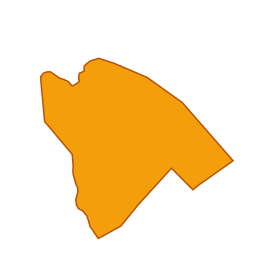 outline of Boa Ventura, Paraíba, Brazil, rotated 334°
{"feature_id": "56859067B42208765231208", "entity_name": "Boa Ventura", "entity_type": "district", "adm_level": 2, "iso_a3": "BRA", "parent_name": "Brazil", "parent_adm1": "Paraíba", "projection": "equal_earth", "projection_center": [-38.216, -7.424], "detail": "fine", "context": "isolated", "style": "filled", "palette": "amber", "viewbox_px": 256, "rotation_deg": 334, "n_neighbors": 0, "source": "geoboundaries", "source_scale": "gbopen_adm2", "svg_char_len": 739}
<svg xmlns="http://www.w3.org/2000/svg" viewBox="0 0 256 256"><g transform="rotate(334 128 128)"><path d="M167.4,91.0L144.0,63.9L132.2,52.5L128.1,51.9L123.4,51.2L118.7,52.2L115.6,53.3L113.4,57.7L108.2,57.5L105.7,61.1L104.5,64.8L100.6,65.7L96.2,65.7L94.8,60.2L91.6,56.2L88.3,53.1L85.2,47.6L82.9,43.5L79.5,42.0L75.9,41.7L72.1,43.6L70.1,48.0L55.9,85.7L66.3,127.1L62.2,137.8L60.2,141.4L58.5,145.3L57.4,151.1L56.6,155.5L56.4,159.9L55.0,163.3L52.7,166.1L49.6,169.5L47.9,175.0L48.1,178.8L51.0,182.7L52.5,188.9L51.8,194.1L50.7,200.4L51.5,204.4L52.0,208.8L52.8,214.3L78.4,213.0L83.7,210.7L103.4,201.5L134.1,189.3L149.4,183.2L159.3,212.0L167.4,210.1L208.1,203.5L187.9,128.8L167.4,91.0Z" fill="#f59e0b" stroke="#b45309" stroke-width="1.5"/></g></svg>